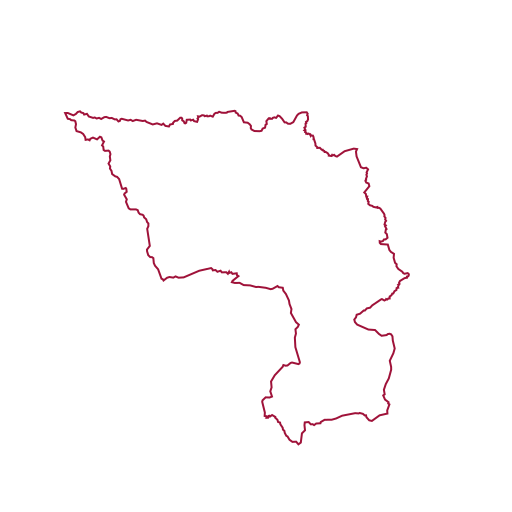 the district of Khiri Rat Nikhom, Surat Thani, Thailand, rotated 343°
{"feature_id": "78962969B17621560211426", "entity_name": "Khiri Rat Nikhom", "entity_type": "district", "adm_level": 2, "iso_a3": "THA", "parent_name": "Thailand", "parent_adm1": "Surat Thani", "projection": "mercator", "projection_center": [98.979, 8.995], "detail": "fine", "context": "isolated", "style": "outline", "palette": "rose", "viewbox_px": 512, "rotation_deg": 343, "n_neighbors": 0, "source": "geoboundaries", "source_scale": "gbopen_adm2", "svg_char_len": 6114}
<svg xmlns="http://www.w3.org/2000/svg" viewBox="0 0 512 512"><g transform="rotate(343 256 256)"><path d="M250.3,368.3L249.2,369.7L239.1,375.5L233.7,380.4L232.5,386.2L230.1,389.6L230.2,395.1L227.6,395.3L223.9,394.0L220.1,395.9L219.3,397.2L218.7,408.3L217.5,411.5L218.7,412.2L218.8,413.1L219.5,412.6L220.1,413.5L219.3,413.9L220.2,414.2L221.4,412.6L222.2,412.7L222.5,413.6L224.9,412.8L227.4,415.5L227.1,416.2L228.6,418.9L228.6,421.2L230.3,422.3L230.1,424.1L231.3,428.0L231.0,429.9L232.0,431.4L231.8,433.6L232.4,436.8L233.4,437.8L234.3,441.5L236.5,444.4L240.1,445.3L241.5,448.5L244.3,447.5L248.1,439.0L251.9,437.0L252.9,431.9L254.0,429.4L257.8,430.2L259.2,433.0L261.0,433.4L262.1,434.7L264.6,433.8L268.7,434.8L269.4,433.7L273.7,432.7L280.6,434.7L285.1,434.8L291.7,433.9L304.9,435.3L308.2,436.6L309.2,436.4L312.1,438.2L313.4,440.3L314.6,440.5L314.5,442.5L316.2,446.2L318.6,447.6L327.6,444.5L335.6,445.1L336.3,442.1L340.2,436.9L339.3,435.7L340.0,434.6L337.4,431.0L336.9,426.5L338.6,425.9L339.2,421.3L342.7,416.4L347.2,411.9L352.0,404.3L352.8,401.6L353.3,395.3L358.9,389.2L361.6,385.0L362.1,376.9L363.0,372.7L362.3,370.4L361.0,369.4L359.1,369.2L357.8,369.8L352.8,369.0L350.8,366.5L348.2,361.6L342.0,359.2L332.7,351.2L331.3,348.1L331.4,345.5L333.7,343.9L335.1,341.6L338.6,341.6L343.1,339.6L344.1,340.0L346.7,338.5L350.0,338.8L352.7,337.2L362.8,334.1L363.8,334.0L365.8,336.1L367.5,335.8L367.9,335.2L368.9,336.0L370.2,335.3L371.4,335.7L372.0,333.8L374.0,333.2L375.3,331.8L376.3,332.0L378.2,330.1L380.3,329.6L381.1,327.8L382.7,327.9L382.6,327.1L384.1,325.4L383.8,325.0L385.1,324.6L385.0,323.4L386.3,322.0L391.6,320.6L394.0,320.9L394.3,319.8L395.7,319.9L396.7,318.7L396.7,317.6L396.0,316.7L392.8,316.4L391.8,315.4L391.3,313.8L388.3,310.0L387.3,306.9L388.1,305.0L387.0,303.2L387.1,297.9L388.6,294.3L386.2,291.5L385.3,289.2L385.4,283.6L378.9,281.1L378.2,279.6L378.6,278.0L379.8,278.8L381.7,278.8L383.2,277.6L384.8,278.0L387.1,277.0L387.5,273.3L386.5,271.4L387.9,268.7L388.7,268.4L388.1,265.3L389.1,264.7L388.1,263.5L389.6,261.1L390.7,260.4L390.2,258.8L391.0,257.5L390.3,255.6L390.9,254.4L390.8,253.0L388.8,247.1L387.9,246.0L386.3,245.5L386.4,244.6L384.9,244.6L382.6,243.3L381.9,242.1L379.8,240.8L378.6,238.9L379.6,237.1L379.0,236.2L379.7,234.4L378.9,234.1L378.9,233.0L379.7,231.7L378.8,231.4L379.2,228.8L378.1,226.9L384.8,222.4L384.9,219.6L382.9,218.0L382.6,216.1L383.6,215.4L383.5,214.7L385.4,212.2L385.3,210.6L386.3,209.5L386.2,208.4L388.5,205.9L387.2,203.8L384.6,203.6L382.3,201.8L381.3,190.2L382.1,185.4L383.9,183.3L380.9,181.9L371.4,181.7L362.5,184.6L361.1,183.6L360.3,182.1L358.6,182.3L358.3,181.6L357.3,182.4L355.0,181.3L355.3,180.8L354.6,178.6L353.1,176.9L352.0,176.6L352.0,175.5L350.9,174.7L350.9,173.9L349.9,173.6L348.7,171.2L346.2,170.6L346.4,169.9L345.2,167.8L345.7,165.7L345.6,161.1L345.2,161.0L345.8,159.3L345.6,157.5L344.0,157.0L343.8,156.3L343.4,156.8L343.2,155.5L342.1,154.3L340.9,154.4L340.5,153.7L339.8,153.8L339.8,152.2L339.2,151.8L340.0,150.4L339.1,149.9L340.0,149.3L339.8,147.4L341.3,146.9L342.1,143.9L343.0,143.6L343.0,142.4L344.5,142.0L345.7,140.6L346.5,137.4L346.0,136.3L347.0,135.1L346.5,133.4L341.9,132.1L338.3,132.5L336.3,133.6L330.8,138.9L327.4,139.6L325.2,138.8L324.0,137.1L322.4,136.6L321.1,132.4L319.5,129.2L318.1,128.1L315.6,129.8L314.2,128.8L312.5,128.8L311.5,129.5L309.3,128.8L309.4,128.2L308.5,128.0L305.3,130.1L304.9,132.9L303.5,133.3L302.2,135.9L299.6,136.1L297.9,137.9L295.9,137.7L291.0,136.0L288.7,133.7L288.4,132.1L289.2,130.2L288.5,128.2L287.0,126.1L283.5,124.6L282.9,118.9L281.8,117.2L280.4,116.6L280.1,114.4L278.5,112.9L278.7,111.5L278.0,110.9L270.8,109.9L270.0,110.4L268.5,110.1L265.2,109.0L262.9,107.3L261.1,107.9L259.4,107.4L257.9,107.8L255.4,110.1L253.2,108.4L251.9,108.6L250.3,108.2L250.1,107.4L247.8,107.3L247.3,106.3L245.6,105.6L242.9,106.2L241.4,105.5L241.4,106.7L240.3,107.4L240.6,108.3L238.9,110.5L236.2,108.9L235.8,107.3L233.3,107.3L233.0,106.3L229.6,105.5L228.2,108.2L227.1,108.5L226.5,108.1L226.3,106.1L225.1,104.7L225.6,103.0L225.2,102.0L224.0,101.6L220.2,103.5L217.9,103.1L215.7,104.3L215.2,105.4L212.2,105.1L210.6,106.7L207.4,105.1L206.0,102.3L204.0,103.0L200.1,100.2L195.7,100.0L190.5,95.8L189.5,94.1L187.2,93.8L181.2,90.7L177.6,90.9L175.9,89.1L173.3,89.0L167.7,85.5L166.4,85.6L165.3,87.0L163.8,87.1L162.6,84.5L160.9,84.1L158.4,81.8L156.2,81.4L153.4,79.2L151.5,78.9L148.0,79.7L146.3,78.0L143.8,77.9L142.3,76.4L140.6,76.3L136.9,73.7L135.9,70.6L133.0,70.5L132.7,68.9L130.8,67.7L130.0,66.2L127.5,66.2L125.3,67.5L122.5,68.1L117.8,64.2L115.3,63.5L116.1,69.7L118.2,70.8L119.0,72.1L121.9,73.3L122.6,74.3L122.4,77.3L120.8,80.3L120.9,84.1L124.6,86.5L126.4,88.8L127.4,92.4L127.0,95.1L129.4,95.4L130.7,96.7L131.8,95.5L134.7,95.1L138.1,98.0L141.6,96.3L142.8,97.3L143.0,100.7L144.1,102.1L141.1,105.2L141.9,106.6L141.3,110.1L142.3,111.3L145.8,112.1L146.6,113.4L146.6,116.0L145.3,118.1L144.7,121.9L142.0,124.5L142.8,127.7L141.9,129.7L142.7,132.3L142.4,135.6L144.7,138.7L146.3,139.7L147.6,142.4L147.6,152.5L148.7,153.0L151.3,152.9L151.6,153.8L151.1,156.8L148.6,157.8L147.8,158.8L149.0,164.0L147.5,166.2L148.2,173.2L149.5,174.7L154.8,176.3L156.3,177.6L156.4,180.2L157.3,182.1L159.6,183.4L160.3,184.5L160.3,186.4L161.7,188.7L161.8,191.7L162.6,193.4L161.8,196.0L159.9,198.2L157.4,215.3L153.6,218.0L153.2,219.8L153.2,223.7L154.5,226.1L156.2,226.7L157.2,228.0L156.2,232.9L156.6,235.8L158.5,240.1L159.0,250.1L160.1,251.0L160.4,252.4L164.6,250.8L167.1,250.8L170.6,252.5L173.1,252.0L175.6,254.1L180.6,255.3L197.4,253.5L209.5,254.4L210.5,255.9L210.5,257.1L213.2,257.6L214.5,259.8L217.8,259.7L218.5,261.6L222.9,262.9L223.9,264.8L225.6,263.2L225.6,264.4L227.6,264.3L228.3,266.2L232.5,266.9L232.2,268.7L233.3,270.1L226.3,272.9L225.3,274.0L227.9,275.6L232.5,276.9L235.7,280.2L241.8,282.4L247.0,285.7L249.3,286.2L256.1,289.3L260.3,292.0L262.3,292.2L267.8,291.0L268.6,292.5L272.3,294.2L272.0,297.1L273.5,301.1L274.5,308.2L274.0,311.7L274.4,317.1L272.7,320.7L274.9,331.0L276.9,334.2L275.3,336.0L272.3,337.6L271.5,341.9L269.3,345.4L267.0,354.7L266.9,370.4L266.2,371.5L265.0,371.8L259.3,368.4L257.8,368.4L254.1,369.9L252.3,369.6L250.3,368.3Z" fill="none" stroke="#9f1239" stroke-width="2"/></g></svg>